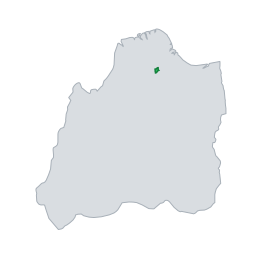 Aniocha North, Delta, Nigeria shown in context, rotated 172°
{"feature_id": "59680162B16701148271715", "entity_name": "Aniocha North", "entity_type": "district", "adm_level": 2, "iso_a3": "NGA", "parent_name": "Nigeria", "parent_adm1": "Delta", "projection": "natural_earth1", "projection_center": [6.478, 6.367], "detail": "fine", "context": "in_parent", "style": "filled", "palette": "green", "viewbox_px": 256, "rotation_deg": 172, "n_neighbors": 0, "source": "geoboundaries", "source_scale": "gbopen_adm2", "svg_char_len": 4257}
<svg xmlns="http://www.w3.org/2000/svg" viewBox="0 0 256 256"><g transform="rotate(172 128 128)"><path d="M211.1,37.2L218.9,49.5L220.6,58.7L221.3,63.2L222.5,63.7L224.9,63.9L226.7,64.8L227.7,66.3L228.4,67.7L228.5,68.5L228.1,74.0L227.5,76.0L227.8,78.7L227.7,79.9L227.5,80.6L226.4,81.6L225.0,82.4L221.5,85.0L220.5,85.4L219.1,85.5L217.8,86.1L216.3,87.6L213.1,92.8L210.4,98.1L208.4,106.6L205.9,109.2L205.5,111.6L205.2,116.9L204.8,118.5L204.4,118.9L201.8,120.0L200.3,121.2L199.4,123.6L198.2,131.8L197.8,133.1L197.0,134.5L195.7,136.0L194.5,136.9L191.5,137.5L188.6,143.6L188.6,144.7L187.3,150.3L185.2,154.5L185.0,157.2L182.3,160.9L180.8,163.4L182.3,166.0L182.4,166.5L177.7,170.9L177.4,171.6L177.2,174.7L176.8,175.5L176.0,176.6L174.7,177.9L173.4,178.8L171.9,179.5L170.5,179.7L169.7,179.4L169.2,178.4L168.4,174.7L168.0,173.8L167.1,173.1L163.4,169.0L161.2,167.5L160.8,167.6L160.4,168.0L159.8,170.1L159.1,170.9L158.0,171.1L155.9,171.1L154.5,170.9L154.1,170.4L153.4,168.8L148.9,172.6L147.3,173.4L145.3,177.9L142.4,180.1L140.4,182.1L135.1,188.2L134.1,189.9L133.0,192.6L130.8,204.1L127.1,211.2L126.6,212.7L126.4,212.7L125.9,213.3L124.5,212.9L123.9,211.6L123.0,211.4L121.5,209.4L121.2,209.7L122.8,214.7L122.2,216.6L117.7,216.6L113.9,217.3L111.2,217.2L109.9,216.5L109.3,214.7L109.1,214.9L108.9,215.9L108.1,216.6L105.1,216.8L103.8,215.5L102.8,214.1L101.6,213.5L101.8,214.1L103.1,215.5L102.9,217.4L100.5,219.7L99.0,219.9L98.1,218.9L97.6,217.3L97.4,214.9L96.7,213.3L96.4,213.3L96.8,215.9L96.8,218.3L98.0,220.2L96.2,220.8L94.1,220.8L93.8,220.2L93.6,218.6L93.2,218.2L92.8,220.8L88.5,221.6L87.9,221.5L87.7,221.0L88.1,220.2L88.0,219.0L87.0,220.0L86.9,221.8L86.3,222.1L84.7,221.8L82.9,220.9L80.0,218.6L76.4,214.8L75.9,213.2L74.8,211.1L73.0,205.4L73.3,205.1L74.1,205.4L74.5,204.9L73.1,204.5L72.8,204.1L72.7,202.8L72.7,201.3L75.0,200.5L75.5,199.6L75.8,198.6L73.0,200.1L70.4,198.4L69.9,197.5L70.2,196.7L73.2,196.7L74.2,195.9L73.6,195.7L72.4,195.7L72.0,195.2L72.0,194.1L71.7,194.3L71.2,195.4L69.4,196.1L68.4,195.4L68.3,193.7L68.1,192.9L67.2,192.3L64.2,187.8L60.3,184.1L56.9,181.5L51.7,180.3L40.9,180.3L40.3,180.0L41.0,179.4L41.9,179.0L45.4,176.9L44.8,176.6L41.2,177.9L40.0,178.0L38.4,180.6L27.8,181.1L27.8,179.9L28.3,176.7L28.9,174.4L28.2,171.6L28.0,169.1L28.5,168.3L28.6,167.4L28.5,161.0L29.1,160.0L29.1,159.4L28.0,156.7L28.0,154.6L27.8,152.5L27.5,151.6L27.9,143.8L27.8,141.8L28.1,140.5L28.3,137.1L28.3,133.8L29.0,128.6L33.6,127.9L34.7,125.8L35.3,123.2L35.1,120.7L36.6,118.4L38.4,116.4L38.3,114.3L38.8,113.6L39.7,113.1L40.9,112.8L42.3,111.7L43.0,109.8L43.8,106.8L42.6,104.7L42.6,104.2L43.1,103.0L43.8,101.9L44.4,101.5L45.7,101.8L46.1,101.4L47.0,98.0L46.9,97.1L45.7,94.8L45.0,88.7L44.6,87.9L43.7,86.8L41.2,82.5L41.2,80.5L42.3,77.9L43.0,76.6L44.0,75.9L44.2,75.3L43.9,74.6L43.4,74.1L43.3,72.9L43.8,71.3L43.6,69.5L43.9,60.3L46.0,58.5L49.0,55.5L50.5,52.3L51.3,50.0L52.4,42.1L54.0,41.2L57.0,38.3L61.1,36.7L63.7,36.1L68.4,36.5L70.7,36.2L72.8,34.6L73.7,34.2L74.9,33.9L86.6,38.0L87.6,37.8L88.5,38.1L90.0,39.2L93.4,43.0L97.0,48.9L98.1,50.2L99.2,50.9L100.3,51.1L101.2,51.1L102.0,50.5L103.2,49.4L104.9,48.9L106.3,49.0L113.5,44.4L114.2,44.4L118.6,45.3L124.7,49.9L129.7,52.9L133.2,53.9L137.3,54.6L144.2,54.8L149.5,48.4L151.4,47.0L153.7,45.8L158.6,44.6L166.7,43.8L174.3,44.1L179.1,45.2L184.1,47.3L186.2,49.3L189.6,49.6L192.0,49.2L192.8,47.2L195.2,44.6L198.8,42.2L201.8,40.6L204.2,39.8L206.4,37.9L208.1,37.3L211.1,37.2ZM105.4,219.3L103.8,219.9L102.7,219.8L104.2,217.2L104.9,217.7L105.9,218.0L105.4,219.3Z" fill="#d9dde1" stroke="#a8b0b8" stroke-width="1"/><path d="M89.5,180.8L89.6,181.0L89.7,181.3L89.8,181.5L89.9,181.8L90.0,182.0L90.0,182.3L90.0,182.5L89.9,182.8L89.8,183.0L89.7,183.1L89.7,183.4L89.8,183.6L90.0,183.6L90.5,183.5L90.7,183.4L90.8,183.3L91.0,183.2L91.5,182.9L91.8,182.7L92.0,182.5L92.1,182.4L92.4,182.3L92.7,182.5L92.8,182.6L93.0,182.6L93.1,182.2L93.0,181.9L93.0,181.7L93.1,181.4L93.1,181.1L93.1,180.8L93.1,180.7L93.2,180.4L93.2,180.2L93.1,179.8L93.1,179.5L93.1,179.3L93.1,179.1L93.1,178.9L93.1,178.7L92.7,178.7L92.4,178.8L92.2,178.9L92.0,179.0L91.9,179.2L91.8,179.3L91.7,179.4L91.5,179.6L91.4,179.6L91.2,179.7L91.0,179.9L90.9,180.0L90.7,180.3L90.5,180.5L90.4,180.5L90.2,180.6L89.9,180.7L89.8,180.8L89.7,180.8L89.5,180.8Z" fill="#22c55e" stroke="#15803d" stroke-width="1.5"/></g></svg>